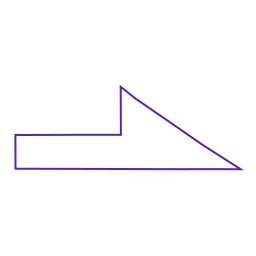 outline of Bir Moghrein, Tiris Zemmour, Mauritania
{"feature_id": "47542326B49457561972338", "entity_name": "Bir Moghrein", "entity_type": "district", "adm_level": 2, "iso_a3": "MRT", "parent_name": "Mauritania", "parent_adm1": "Tiris Zemmour", "projection": "mercator", "projection_center": [-8.377, 26.182], "detail": "fine", "context": "isolated", "style": "outline", "palette": "violet", "viewbox_px": 256, "rotation_deg": 0, "n_neighbors": 0, "source": "geoboundaries", "source_scale": "gbopen_adm2", "svg_char_len": 277}
<svg xmlns="http://www.w3.org/2000/svg" viewBox="0 0 256 256"><path d="M186.1,169.2L193.0,169.1L240.6,169.2L203.5,145.5L168.4,121.2L135.5,98.6L120.7,86.8L120.9,134.8L78.0,134.8L23.6,135.0L15.4,134.9L15.5,168.7L186.1,169.2Z" fill="none" stroke="#5b21b6" stroke-width="2"/></svg>